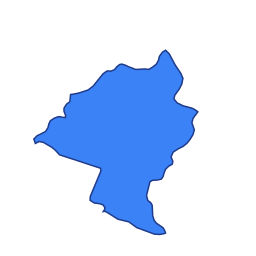 outline of Sourou, rotated 296°
{"feature_id": "BFA-2808", "entity_name": "Sourou", "entity_type": "Province", "adm_level": 1, "iso_a3": "BFA", "parent_name": "Burkina Faso", "parent_adm1": "", "projection": "orthographic", "projection_center": [-3.009, 13.252], "detail": "fine", "context": "isolated", "style": "filled", "palette": "blue", "viewbox_px": 256, "rotation_deg": 296, "n_neighbors": 0, "source": "natural_earth", "source_scale": "10m", "svg_char_len": 1454}
<svg xmlns="http://www.w3.org/2000/svg" viewBox="0 0 256 256"><g transform="rotate(296 128 128)"><path d="M125.9,64.1L127.1,63.9L132.9,61.7L133.2,62.1L134.3,63.8L137.8,68.4L144.7,75.5L150.4,78.3L166.1,81.9L170.1,84.2L171.8,87.9L174.5,90.3L178.1,91.1L181.3,92.6L182.7,94.3L183.3,98.1L183.3,101.3L184.0,109.3L188.5,117.3L189.7,120.9L193.3,123.3L197.8,125.5L202.2,125.7L206.2,124.8L211.2,125.7L214.4,127.7L212.7,132.6L205.3,142.8L200.2,151.6L196.7,155.6L190.9,157.1L185.4,157.0L178.0,155.7L174.3,156.5L172.1,161.2L172.1,167.8L173.8,176.3L173.9,178.7L173.5,182.4L173.1,183.7L167.4,182.6L164.8,182.3L160.6,183.2L155.5,188.4L150.7,189.3L145.0,188.8L139.9,187.6L135.5,185.5L131.6,182.5L126.2,179.2L121.0,179.3L117.7,182.9L115.0,183.7L111.5,181.3L107.5,179.9L103.7,180.1L99.8,180.8L96.7,180.4L94.1,177.2L91.8,173.0L89.3,171.3L75.5,174.2L71.5,177.6L70.8,181.2L69.2,183.6L59.9,188.7L56.5,192.0L54.9,195.2L53.7,203.3L51.5,206.4L50.0,207.8L48.9,206.8L46.3,203.3L44.2,198.3L42.3,179.6L44.0,169.9L41.6,158.9L43.0,146.2L43.0,143.7L42.1,142.4L44.2,142.7L46.2,142.2L47.9,139.5L47.7,136.4L45.8,130.4L46.4,125.6L50.1,124.1L77.5,122.5L79.8,121.0L73.9,78.2L76.4,71.8L77.3,67.8L78.0,58.3L76.9,54.1L73.5,51.5L76.8,48.2L81.2,49.7L88.6,55.4L93.3,55.9L96.9,55.1L100.4,55.0L104.6,57.5L107.6,60.4L108.4,62.0L108.9,64.5L110.0,67.1L112.0,66.4L114.9,63.2L116.8,62.2L118.1,61.8L122.2,62.3L123.6,62.8L124.7,63.6L125.9,64.1Z" fill="#3b82f6" stroke="#1e3a8a" stroke-width="1.5"/></g></svg>